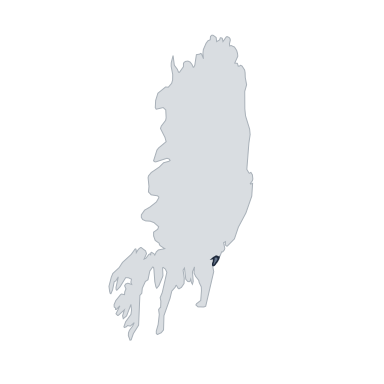 Sveitarfélagið Árborg, Suðurland, Iceland shown in context, rotated 285°
{"feature_id": "244011B44443724675216", "entity_name": "Sveitarfélagið Árborg", "entity_type": "district", "adm_level": 2, "iso_a3": "ISL", "parent_name": "Iceland", "parent_adm1": "Suðurland", "projection": "natural_earth1", "projection_center": [-20.988, 63.9], "detail": "fine", "context": "in_parent", "style": "filled", "palette": "slate", "viewbox_px": 384, "rotation_deg": 285, "n_neighbors": 0, "source": "geoboundaries", "source_scale": "gbopen_adm2", "svg_char_len": 5044}
<svg xmlns="http://www.w3.org/2000/svg" viewBox="0 0 384 384"><g transform="rotate(285 192 192)"><path d="M291.7,144.2L295.1,144.3L300.4,143.0L308.1,139.3L311.4,138.5L318.9,138.4L309.9,142.1L306.7,146.1L304.2,148.0L304.3,148.9L310.8,151.3L313.9,150.5L315.2,150.8L316.5,152.0L317.4,154.2L317.0,156.6L315.2,158.9L312.8,160.9L313.2,161.5L315.2,161.9L325.8,160.7L327.1,163.6L328.1,164.5L327.8,165.5L323.7,168.6L328.6,166.7L332.5,166.1L339.3,167.1L342.1,168.2L343.8,170.2L347.1,169.6L348.7,170.7L348.8,172.0L347.5,175.3L343.6,176.9L346.1,179.3L348.1,179.4L348.5,179.9L348.3,181.4L345.3,183.0L350.5,184.9L351.2,185.6L350.9,187.7L350.1,188.9L348.6,189.7L345.0,189.8L342.8,190.6L343.6,191.9L343.0,195.5L340.3,198.5L337.6,200.1L335.0,201.1L327.6,199.9L328.0,202.5L325.5,204.1L326.0,205.4L327.0,206.1L326.6,207.8L323.4,211.3L321.0,212.4L316.4,213.8L309.7,217.0L302.8,216.9L286.0,221.5L279.4,224.0L267.6,231.4L262.5,233.3L253.9,234.3L228.0,239.1L225.1,242.1L225.0,242.7L226.2,243.8L224.2,245.9L220.3,247.4L218.5,247.4L215.2,246.1L214.8,246.7L216.1,248.3L203.4,250.8L185.7,249.5L170.1,245.9L157.7,245.1L148.9,240.1L148.7,239.3L149.6,237.8L152.7,237.2L151.2,235.6L146.0,238.3L144.3,238.2L142.0,237.1L141.9,236.1L137.5,235.7L129.9,232.5L129.4,231.7L131.2,230.7L130.8,230.5L126.7,230.7L120.7,233.6L85.2,234.8L84.0,233.2L82.6,227.5L83.9,225.0L85.3,225.3L89.5,228.5L99.0,226.7L102.8,225.5L106.4,222.4L108.5,221.3L111.4,217.4L114.3,214.9L120.3,213.8L115.0,213.1L106.0,216.3L103.0,216.3L104.4,214.9L107.5,213.3L105.4,213.2L104.6,212.5L104.5,211.0L106.1,208.6L116.6,204.4L114.2,203.6L106.8,206.8L101.5,208.0L97.2,206.5L95.1,204.5L95.3,203.6L97.8,201.1L97.4,200.6L95.7,200.4L91.0,198.1L83.6,198.3L65.3,196.9L51.4,200.2L48.1,198.7L45.4,195.5L46.0,194.2L48.4,193.5L55.2,193.6L65.2,192.1L69.7,190.2L71.5,190.7L72.3,191.6L78.4,190.2L81.7,188.6L87.2,189.3L107.9,188.5L110.6,186.3L111.7,183.8L111.2,183.2L103.6,185.6L101.9,185.5L93.1,184.3L89.9,182.9L91.0,181.7L95.7,179.3L107.5,175.2L109.2,174.4L109.4,173.4L104.7,171.7L95.8,172.2L93.5,170.1L86.2,168.9L81.2,169.7L78.6,168.4L49.5,174.9L40.1,172.0L33.4,171.5L32.8,170.5L36.8,167.7L39.5,167.1L42.2,167.4L47.3,169.4L50.9,170.0L46.5,167.1L46.3,164.3L44.9,163.6L43.6,161.7L44.2,161.1L49.5,161.5L58.0,164.7L62.1,164.2L67.6,162.1L55.4,160.9L51.8,158.4L54.5,157.0L60.7,157.2L53.8,152.8L53.5,152.1L54.7,150.1L63.4,151.8L58.9,149.2L58.7,148.6L60.1,148.2L60.8,146.6L63.0,145.9L67.4,146.5L74.2,149.5L75.2,150.3L75.4,153.4L78.1,152.9L81.3,153.3L84.0,151.2L85.9,151.7L87.3,153.6L87.1,157.7L89.0,156.3L92.1,156.1L92.7,152.8L92.1,150.1L81.7,147.0L77.6,144.8L78.1,144.0L80.1,143.3L91.0,142.8L86.4,141.4L85.2,140.1L77.0,140.6L72.8,140.0L72.7,139.4L74.4,138.3L79.4,136.2L88.9,136.1L92.8,136.6L100.1,141.2L106.0,143.1L115.9,149.4L122.2,151.8L122.5,152.4L121.4,153.1L119.0,153.9L122.7,155.0L125.0,156.6L125.2,157.3L123.1,162.4L120.7,164.0L114.8,163.1L116.2,164.7L120.4,166.4L121.3,167.3L120.7,168.3L122.7,168.0L123.3,168.5L122.4,171.4L121.4,172.4L124.9,173.0L127.3,174.5L130.2,180.3L131.7,175.8L132.6,174.2L134.0,173.6L135.7,169.0L139.6,166.3L143.3,165.3L147.1,168.5L149.8,168.8L152.6,163.2L153.0,159.2L152.1,154.7L152.6,151.5L154.4,149.6L156.9,149.0L162.2,150.9L166.6,155.3L173.2,160.2L177.8,161.4L178.6,161.2L179.4,159.7L178.7,153.3L180.8,149.9L186.2,149.0L194.4,145.9L196.3,145.8L200.3,147.6L207.7,154.0L212.9,157.0L215.7,161.8L216.9,162.7L218.0,161.2L218.1,159.1L211.7,149.2L211.6,147.9L212.2,146.8L223.5,147.3L226.0,148.4L233.9,154.0L237.7,151.8L245.2,145.1L247.8,145.3L254.4,148.0L257.0,147.8L264.5,145.4L266.1,142.3L262.7,136.0L264.0,134.7L271.0,133.2L278.6,133.5L286.6,139.3L287.1,142.0L291.7,144.2Z" fill="#d9dde1" stroke="#a8b0b8" stroke-width="1"/><path d="M134.4,230.0L133.8,229.6L133.6,229.5L132.8,228.9L133.1,229.6L133.4,230.4L133.2,230.5L132.5,230.6L132.3,230.6L132.2,230.6L131.9,230.6L131.7,230.6L131.4,230.6L131.2,230.6L130.7,230.7L130.5,230.8L130.3,230.8L130.1,230.8L129.9,230.8L129.5,230.8L129.2,230.7L128.9,230.6L128.7,230.6L128.2,230.6L127.7,230.7L127.2,230.8L126.9,230.9L126.8,231.0L126.6,231.2L126.5,231.3L126.4,231.5L126.5,231.8L126.6,232.0L127.0,232.4L127.3,232.6L127.7,232.8L127.8,232.8L128.0,232.9L128.1,233.0L128.3,233.0L128.5,233.1L128.8,233.2L128.9,233.3L129.0,233.3L129.3,233.4L129.5,233.4L129.6,233.5L129.8,233.6L130.0,233.6L130.3,233.8L130.5,233.9L130.5,234.0L130.8,234.0L131.0,234.0L131.3,234.1L131.5,234.2L131.7,234.3L131.8,234.4L132.0,234.4L132.0,234.5L131.9,234.5L132.0,234.5L132.3,234.6L132.5,234.6L132.8,234.6L133.0,234.7L133.3,234.7L133.5,234.7L133.7,234.8L133.8,234.8L134.2,234.8L134.3,234.9L134.5,234.9L134.5,235.0L134.8,235.0L134.9,234.9L135.0,234.9L135.1,235.0L135.3,235.0L135.5,235.1L135.7,234.9L135.8,234.9L135.7,234.9L135.8,234.8L136.2,234.7L135.8,234.3L135.7,234.2L135.8,234.2L135.7,234.2L135.7,233.9L135.8,233.9L135.8,233.7L136.0,233.6L136.1,233.4L136.1,233.2L136.3,233.0L136.3,232.9L136.2,232.8L136.3,232.8L136.3,232.7L136.2,232.7L136.0,232.1L136.3,232.0L136.3,231.9L134.9,230.6L134.7,230.4L134.7,230.5L134.4,230.2L134.4,230.0Z" fill="#64748b" stroke="#1e293b" stroke-width="1.5"/></g></svg>